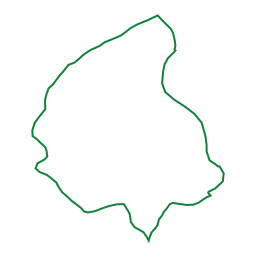 the district of Lerik District, Lerik, Azerbaijan
{"feature_id": "54616110B59366301344355", "entity_name": "Lerik District", "entity_type": "district", "adm_level": 2, "iso_a3": "AZE", "parent_name": "Azerbaijan", "parent_adm1": "Lerik", "projection": "orthographic", "projection_center": [48.458, 38.753], "detail": "fine", "context": "isolated", "style": "outline", "palette": "green", "viewbox_px": 256, "rotation_deg": 0, "n_neighbors": 0, "source": "geoboundaries", "source_scale": "gbopen_adm2", "svg_char_len": 1400}
<svg xmlns="http://www.w3.org/2000/svg" viewBox="0 0 256 256"><path d="M157.7,15.4L154.7,16.9L152.1,18.0L147.6,20.3L142.8,22.1L137.0,24.6L130.8,27.9L126.2,31.6L120.9,35.5L116.4,37.5L104.6,42.3L99.7,45.9L92.1,49.3L89.1,50.9L82.6,55.4L79.5,58.4L74.5,62.6L68.6,64.8L63.2,71.5L59.6,75.5L55.8,80.6L53.1,84.4L48.7,88.2L46.4,94.4L45.0,100.0L45.3,109.2L42.1,113.2L39.1,116.9L34.7,122.8L32.3,130.5L32.6,135.4L32.7,136.2L36.6,138.9L39.9,142.3L45.3,147.2L46.6,151.1L47.3,156.6L44.4,159.6L37.5,163.3L35.6,168.4L39.2,171.8L47.0,175.0L51.9,178.8L56.5,182.7L57.9,185.9L62.1,192.1L67.9,197.2L71.3,200.6L76.8,204.7L80.8,207.8L84.4,211.7L88.2,212.4L94.9,211.2L102.1,208.4L109.2,206.0L117.1,204.3L123.8,204.1L127.1,209.3L129.6,213.7L130.9,222.0L134.6,227.2L143.5,232.2L146.6,236.8L148.7,240.6L149.5,237.7L151.6,232.4L155.2,228.3L157.6,225.0L158.9,219.5L162.1,215.4L163.8,211.9L166.7,208.6L169.8,204.2L173.0,202.9L179.6,204.0L187.0,205.0L193.7,204.6L198.6,202.7L202.5,200.0L206.7,197.2L210.5,195.6L208.2,192.9L208.6,191.7L215.3,188.4L222.8,181.4L223.7,173.3L219.5,166.3L218.0,166.4L215.6,164.4L209.6,160.4L206.6,151.4L206.6,144.9L205.3,135.5L201.7,122.8L194.6,114.0L185.3,106.9L174.1,99.6L165.3,92.1L162.1,83.5L163.1,71.8L164.5,64.5L167.9,58.3L171.2,54.9L175.5,50.6L174.5,49.5L175.3,46.4L175.3,44.7L174.6,39.8L173.1,33.1L170.8,28.8L166.1,24.2L161.7,19.8L157.7,15.4Z" fill="none" stroke="#15803d" stroke-width="2"/></svg>